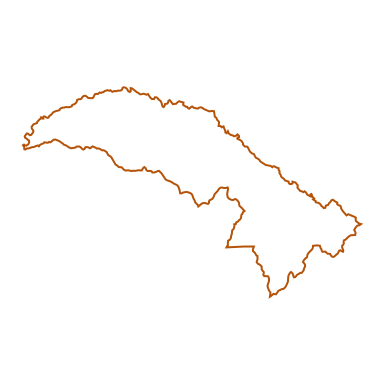 the district of Espinosa, Minas Gerais, Brazil
{"feature_id": "56859067B62651951271608", "entity_name": "Espinosa", "entity_type": "district", "adm_level": 2, "iso_a3": "BRA", "parent_name": "Brazil", "parent_adm1": "Minas Gerais", "projection": "natural_earth1", "projection_center": [-42.979, -14.905], "detail": "fine", "context": "isolated", "style": "outline", "palette": "amber", "viewbox_px": 384, "rotation_deg": 0, "n_neighbors": 0, "source": "geoboundaries", "source_scale": "gbopen_adm2", "svg_char_len": 5966}
<svg xmlns="http://www.w3.org/2000/svg" viewBox="0 0 384 384"><path d="M325.8,205.6L325.3,207.8L323.7,208.1L322.7,206.9L321.2,205.7L320.3,204.2L318.6,202.9L315.8,202.3L315.6,201.0L313.1,199.4L314.2,198.5L312.7,197.1L311.4,194.0L310.5,194.4L310.5,196.4L307.3,194.7L305.7,192.2L304.5,191.3L303.3,192.2L302.0,191.4L300.1,190.9L297.4,187.6L297.8,185.4L295.5,182.5L292.5,181.7L292.5,183.5L291.2,184.0L289.7,184.0L288.8,183.1L288.6,181.6L284.9,180.4L284.2,179.1L281.4,177.0L280.5,174.7L279.4,172.9L279.6,171.1L278.7,170.1L278.6,168.2L276.6,167.6L274.3,166.3L273.2,166.3L272.3,167.2L270.6,165.9L265.8,165.0L260.2,161.4L259.5,160.0L258.2,158.9L255.9,157.7L255.0,156.4L254.1,154.3L252.0,153.4L250.0,151.7L247.8,147.3L247.0,146.6L245.0,146.6L243.2,144.9L242.9,143.2L241.5,141.0L240.4,140.2L237.3,138.7L237.6,137.5L239.1,137.2L238.9,135.7L237.4,134.4L235.9,135.8L234.1,136.3L232.9,135.5L230.7,134.9L228.8,133.5L227.9,131.2L226.6,133.2L225.4,132.5L225.2,130.4L224.4,129.0L223.5,126.4L221.6,127.3L220.7,126.1L218.6,126.0L219.1,122.3L218.5,121.2L217.1,119.8L216.4,117.9L214.8,116.6L214.0,111.2L211.6,111.0L209.3,111.4L203.8,109.0L202.4,107.8L200.7,107.3L198.9,107.8L197.7,108.6L193.8,107.8L192.2,106.5L190.9,107.1L190.0,108.1L189.1,108.7L188.1,108.2L187.2,106.8L185.9,106.8L184.4,105.6L183.4,105.3L183.1,104.2L183.5,102.5L180.7,101.8L179.3,101.2L177.7,102.1L176.2,103.7L173.0,104.2L169.7,100.1L168.4,100.9L168.1,102.6L167.2,103.6L165.0,104.1L164.7,105.6L163.6,107.1L162.6,106.5L162.1,105.1L161.5,102.8L160.8,101.2L158.3,99.2L157.5,98.0L156.4,97.3L154.8,97.3L154.0,99.1L151.8,99.0L150.2,97.5L148.0,94.1L146.4,94.7L143.7,93.7L140.9,94.3L139.8,94.2L138.3,92.8L137.1,92.4L132.2,88.5L130.7,88.1L130.7,91.1L129.8,92.0L128.2,91.1L127.2,89.2L126.1,88.1L125.2,87.6L123.8,87.3L122.7,87.7L122.0,89.7L120.5,90.6L117.7,90.7L115.7,91.3L114.1,91.0L112.6,91.8L111.5,91.3L110.5,90.3L109.2,90.7L107.4,90.2L104.6,91.1L103.3,92.2L102.2,92.3L101.0,92.9L99.6,92.5L97.8,94.1L96.3,93.8L95.1,94.1L94.1,95.7L93.3,97.6L92.0,98.2L88.3,98.0L86.3,96.3L85.1,95.7L83.7,96.0L82.1,97.4L81.3,98.8L80.1,99.3L78.6,99.2L77.1,100.0L76.8,101.6L75.6,103.3L74.4,104.1L72.2,105.0L71.7,106.4L69.0,107.2L65.6,107.1L64.1,107.6L62.5,107.6L60.2,108.7L59.4,110.2L55.6,111.2L53.3,112.2L51.3,114.6L49.4,115.9L48.6,117.5L47.5,117.9L44.1,116.3L43.0,117.2L43.3,118.5L42.2,118.5L41.1,117.4L40.6,118.7L39.2,119.6L38.5,120.7L37.4,121.6L37.0,123.0L33.4,124.4L31.6,126.9L31.8,128.5L33.2,130.5L33.4,131.6L32.5,133.2L31.0,135.0L29.9,135.2L27.8,133.6L26.7,133.5L24.7,136.3L25.1,137.7L27.0,138.9L27.7,139.8L28.9,140.4L29.2,142.2L28.6,143.8L27.9,144.6L26.3,145.6L25.3,145.6L24.0,144.6L23.0,145.2L24.0,146.6L24.4,149.3L25.4,149.5L27.0,148.4L28.6,148.4L32.2,147.1L33.6,147.1L36.4,145.9L37.9,145.5L38.9,146.3L39.6,145.3L40.6,144.5L43.7,143.2L44.4,142.3L47.8,142.8L49.0,142.0L50.5,142.3L53.6,139.8L55.2,139.5L59.4,141.1L60.3,141.9L62.8,143.5L63.6,144.5L66.4,145.6L68.9,147.4L71.4,148.3L75.6,147.5L76.6,146.6L79.4,146.5L80.9,147.5L82.1,148.8L83.4,149.6L84.6,148.9L85.4,147.2L86.7,147.1L88.3,147.3L89.9,148.3L90.9,147.9L91.6,147.0L92.6,146.4L95.7,147.7L96.9,148.6L98.8,148.4L102.4,150.4L103.5,150.2L104.6,150.7L106.7,152.1L108.2,155.1L110.3,156.3L111.4,157.4L115.6,164.6L117.1,165.4L117.8,166.3L119.1,167.1L121.7,167.3L123.8,169.6L125.0,170.3L126.0,170.6L127.2,170.3L128.5,170.3L131.7,171.1L132.7,170.7L135.2,170.9L138.7,170.2L140.8,170.5L141.8,170.4L143.1,168.1L144.3,167.1L145.4,167.9L146.5,170.2L147.8,171.0L150.6,170.9L151.6,171.3L152.3,172.5L154.9,172.4L157.4,171.2L158.9,170.8L161.6,173.4L165.5,179.3L166.4,180.0L170.8,181.6L174.4,183.9L176.9,185.0L178.3,186.5L179.5,189.9L180.2,193.3L181.7,193.3L182.9,192.6L186.2,191.9L188.9,192.5L191.2,193.6L192.3,195.0L193.7,199.0L194.5,200.2L195.3,202.5L197.9,205.1L198.3,206.5L201.9,203.5L203.1,203.1L204.7,203.0L208.0,203.9L209.0,202.8L209.0,201.5L209.5,200.3L212.1,199.1L213.3,197.6L214.7,194.1L217.5,191.1L219.2,188.6L220.5,187.7L222.2,187.5L223.8,188.0L225.9,188.0L227.6,187.4L228.1,188.7L227.3,192.9L227.2,194.7L227.7,197.2L228.8,198.5L231.0,199.7L232.7,200.1L235.3,199.0L236.9,199.9L238.7,202.1L239.2,203.5L239.2,204.8L239.5,205.9L241.7,207.9L244.5,211.0L243.0,212.1L242.4,213.9L241.5,214.5L241.0,218.0L240.1,219.4L238.7,220.5L237.9,221.6L236.3,222.3L235.8,224.0L234.2,224.3L234.5,225.6L234.2,227.0L233.6,229.0L232.2,230.3L231.8,234.1L231.1,236.0L230.9,237.9L230.0,239.6L228.1,240.7L227.8,243.7L228.0,245.2L227.1,246.2L226.5,247.4L244.6,246.5L253.9,246.5L252.8,249.7L253.0,251.1L255.0,252.9L256.4,255.5L257.5,256.0L257.5,259.7L256.9,260.8L256.7,262.3L258.2,264.0L259.4,264.4L261.6,266.3L261.7,269.4L262.6,270.8L263.7,271.8L263.8,273.1L263.3,274.7L264.2,276.1L266.6,276.1L268.1,276.4L268.8,277.8L269.1,279.6L268.9,281.3L267.7,285.0L267.5,286.3L268.9,290.3L270.5,292.6L269.9,296.7L271.3,295.8L273.5,293.8L274.7,294.2L276.0,294.3L278.4,290.8L282.2,289.0L283.5,288.9L285.3,287.2L286.4,285.2L287.9,281.8L288.3,276.3L288.7,275.2L290.0,272.8L291.0,272.0L292.2,273.0L293.2,274.8L293.4,276.2L293.9,277.3L295.2,277.1L297.4,274.6L299.0,273.7L300.3,272.9L301.7,272.9L303.7,270.3L303.9,268.8L305.0,266.6L305.1,264.8L304.1,263.2L303.0,262.2L303.6,260.5L305.7,258.1L306.9,257.4L307.6,254.3L308.6,252.9L312.2,249.2L312.8,247.9L313.0,245.8L316.5,245.4L319.9,245.7L320.5,247.9L321.4,249.2L321.7,250.6L322.4,251.8L325.3,251.6L327.4,253.6L330.1,253.9L330.6,255.0L331.4,256.0L332.6,256.9L333.8,256.8L335.6,255.4L336.4,254.5L337.6,253.8L339.2,250.6L340.4,250.3L341.7,251.2L343.0,251.7L343.3,250.4L342.2,247.6L342.1,245.8L343.2,244.7L343.8,243.4L343.6,241.5L344.0,240.3L345.5,239.7L348.3,236.9L350.6,235.3L355.2,235.0L355.6,233.1L355.1,231.5L354.2,230.0L354.9,228.7L356.5,226.4L357.7,225.5L359.5,225.2L361.0,224.1L359.4,223.7L356.1,221.2L355.6,219.4L355.8,217.6L354.6,216.9L348.2,214.2L346.5,215.4L342.9,211.2L341.2,208.6L340.9,207.1L340.4,205.8L338.3,205.1L337.2,204.2L337.3,202.6L335.2,201.5L332.8,199.7L331.4,200.3L330.2,202.2L329.2,203.0L328.1,204.9L325.8,205.6Z" fill="none" stroke="#b45309" stroke-width="2"/></svg>